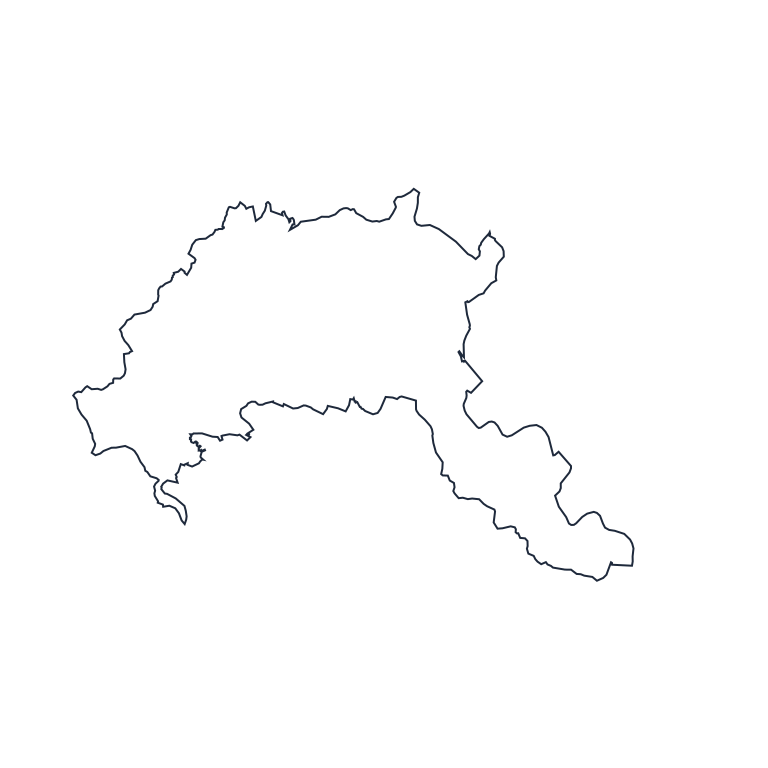 VAD, Cluj, Romania (Mercator projection), rotated 18°
{"feature_id": "2599482B24350957345977", "entity_name": "VAD", "entity_type": "district", "adm_level": 2, "iso_a3": "ROU", "parent_name": "Romania", "parent_adm1": "Cluj", "projection": "mercator", "projection_center": [23.717, 47.202], "detail": "fine", "context": "isolated", "style": "outline", "palette": "slate", "viewbox_px": 768, "rotation_deg": 18, "n_neighbors": 0, "source": "geoboundaries", "source_scale": "gbopen_adm2", "svg_char_len": 6160}
<svg xmlns="http://www.w3.org/2000/svg" viewBox="0 0 768 768"><g transform="rotate(18 384 384)"><path d="M273.9,467.9L268.0,463.4L258.8,459.9L256.2,456.3L255.9,452.0L259.9,447.3L260.7,444.4L263.6,441.7L267.1,440.7L270.8,442.4L272.2,442.2L274.9,441.2L277.2,439.0L283.9,434.9L284.1,435.7L294.8,436.5L294.9,434.0L305.1,435.4L309.4,433.5L314.2,429.2L316.3,428.7L321.6,428.9L324.4,430.0L335.4,431.5L337.4,425.4L337.3,422.2L347.8,421.3L356.0,421.9L357.3,415.0L356.6,408.8L359.2,408.4L359.6,406.8L361.5,409.7L362.3,409.2L362.9,410.4L364.2,409.5L368.1,413.3L368.8,413.0L370.3,414.4L371.7,414.2L374.4,415.5L382.9,416.2L386.9,413.5L388.4,408.7L389.6,395.8L396.5,394.2L401.1,394.3L402.9,391.5L404.6,390.4L419.5,389.9L422.3,398.2L423.3,399.5L426.8,402.2L433.8,405.3L441.3,409.8L443.6,412.3L445.9,416.5L445.9,418.1L449.2,424.9L454.6,433.1L464.0,440.3L465.7,446.7L466.2,452.0L468.1,452.8L473.0,451.4L476.4,455.5L481.1,456.5L483.0,460.4L483.0,464.4L484.9,466.2L490.3,469.5L494.1,467.8L499.3,467.6L503.2,465.7L510.1,464.2L515.8,467.2L519.8,468.4L527.8,469.3L529.0,470.9L531.1,481.8L536.7,486.5L541.3,484.6L548.5,480.2L552.7,479.9L554.3,481.4L555.0,484.3L556.7,485.0L557.8,484.5L561.1,488.3L565.8,487.2L569.0,489.0L570.7,493.8L570.8,496.5L573.7,500.7L579.5,501.2L582.0,503.8L584.9,505.5L589.2,506.8L593.0,503.4L595.3,505.1L599.0,505.4L601.4,506.4L613.5,504.6L619.3,502.8L625.9,505.1L629.9,504.1L633.6,504.4L641.8,503.1L647.3,505.3L652.4,500.7L654.5,496.7L655.0,483.4L656.1,483.7L656.8,485.4L676.0,480.2L675.4,476.0L673.7,471.1L672.1,463.3L669.3,459.0L666.1,455.9L658.8,452.3L648.8,452.3L643.2,453.2L638.6,452.3L635.3,449.0L630.2,442.6L626.3,440.8L623.0,440.8L617.3,444.5L613.6,449.2L609.8,457.1L608.1,459.3L605.6,460.2L603.0,459.5L598.4,454.3L588.2,446.7L581.2,437.3L584.1,432.0L584.3,428.4L582.8,423.9L587.7,410.8L587.9,406.4L587.2,404.2L571.0,394.5L568.4,398.8L567.0,399.6L556.9,383.6L552.3,379.5L547.7,376.8L541.7,375.9L535.5,378.7L530.4,382.3L521.4,393.3L517.4,396.1L512.4,395.5L505.1,388.7L501.0,386.4L498.1,386.4L495.4,387.7L489.5,395.6L487.7,396.6L485.6,395.9L471.8,387.3L469.0,384.4L466.4,380.2L466.0,378.2L466.6,371.8L466.1,369.3L464.6,366.0L465.2,364.6L469.5,365.5L476.5,351.0L454.0,336.9L453.3,337.9L452.9,337.3L451.2,338.4L448.5,333.9L445.0,330.6L445.5,329.6L449.9,332.9L451.8,333.9L447.4,321.5L447.0,317.9L447.3,312.6L448.7,305.0L447.6,303.6L447.7,302.1L447.1,300.7L441.6,292.4L436.1,281.2L437.8,279.5L438.6,280.2L439.4,279.8L446.6,270.0L450.7,267.0L451.3,263.9L454.9,255.0L458.8,250.8L457.3,247.9L454.9,236.8L455.5,233.1L458.6,225.9L456.7,220.7L454.1,217.5L446.0,213.6L445.0,212.8L444.6,211.6L438.5,210.5L438.5,208.4L437.6,206.9L437.4,208.3L434.2,215.4L432.8,219.7L433.0,221.6L432.1,223.4L432.5,226.6L434.2,228.2L435.1,232.4L432.6,236.9L427.9,235.1L423.7,234.5L408.4,226.4L388.3,219.7L378.5,218.6L370.7,222.0L366.1,222.0L362.9,219.3L361.3,215.5L361.1,206.9L360.2,201.2L358.5,195.9L358.4,191.2L352.0,189.2L349.8,193.3L345.1,198.6L342.7,200.6L339.4,201.8L338.3,203.2L337.3,207.6L340.6,211.8L340.7,212.6L339.6,219.0L337.7,225.6L335.0,226.8L329.3,231.1L326.8,231.2L322.7,233.1L316.4,233.2L312.5,231.5L304.8,230.1L301.5,227.1L300.3,227.3L298.6,228.9L295.3,228.1L293.6,228.4L291.2,229.5L288.2,232.3L285.3,237.7L279.8,242.1L273.0,244.2L268.3,248.8L254.7,255.4L253.1,259.6L246.9,266.5L247.8,260.5L249.5,259.9L247.6,255.9L246.4,254.8L245.6,254.4L243.7,255.8L244.7,258.1L244.0,259.4L242.2,256.8L238.4,254.1L235.8,250.8L234.6,251.4L234.1,252.9L235.4,254.9L223.1,254.5L220.3,248.4L217.7,246.8L217.0,247.1L216.1,249.1L216.9,250.7L217.1,256.0L216.1,259.9L215.8,263.0L211.7,268.5L204.4,255.7L201.1,257.6L198.9,259.9L196.6,257.6L191.1,255.6L190.5,259.5L188.9,262.5L187.6,263.1L182.8,263.1L181.8,263.9L181.4,269.5L182.1,271.4L181.4,274.9L181.9,277.6L181.2,279.8L181.7,284.3L183.3,284.4L183.5,285.0L182.3,286.6L178.8,287.7L178.2,288.6L176.0,289.5L175.8,291.7L174.7,294.9L173.1,296.0L169.5,300.9L163.6,303.2L160.6,305.3L158.6,310.8L158.6,316.2L157.8,320.5L164.9,322.8L166.4,324.1L166.3,327.1L163.7,329.0L164.7,333.0L162.9,341.1L159.9,339.8L159.6,338.7L155.4,337.3L153.6,340.8L149.7,343.3L150.5,344.7L149.6,346.2L150.1,347.7L149.5,348.4L149.9,350.3L149.3,352.4L145.1,356.1L142.8,359.8L141.4,360.4L140.6,362.5L140.3,364.6L141.6,368.8L142.3,369.6L143.1,375.2L139.8,379.3L140.1,382.0L139.1,385.8L134.7,390.0L125.2,395.1L123.1,400.1L120.0,402.8L119.0,407.5L115.9,413.8L118.5,416.3L120.1,419.4L124.0,423.2L128.8,426.0L134.2,430.6L132.4,432.2L132.0,433.6L127.4,435.9L130.3,443.5L133.7,449.9L134.3,453.8L133.9,456.5L131.5,460.3L125.6,462.1L125.1,463.4L126.0,466.6L122.9,468.7L121.7,471.7L118.3,475.9L116.8,477.0L113.2,477.0L107.6,479.3L102.4,477.8L101.1,479.5L98.6,485.3L95.5,485.7L93.0,488.0L92.0,491.0L96.5,494.0L100.4,501.8L105.7,506.5L112.6,510.8L118.5,517.8L120.3,520.8L121.6,521.1L123.9,526.1L127.8,530.2L128.2,532.7L127.3,539.7L131.6,540.9L135.7,537.8L137.9,534.4L144.6,528.8L148.9,527.3L157.0,522.9L164.6,523.8L167.5,524.9L171.7,528.2L176.4,533.2L181.9,537.1L183.8,540.3L186.1,540.8L190.3,544.0L196.9,543.9L199.4,544.9L199.5,545.8L197.5,549.4L197.0,552.6L199.3,556.2L199.4,558.9L200.6,561.3L205.4,565.4L205.5,566.8L211.0,567.0L211.9,569.0L217.5,566.1L223.9,566.7L228.9,570.3L233.7,576.3L237.7,578.8L237.8,574.2L237.2,570.9L234.7,565.9L231.9,561.6L221.3,557.2L211.6,555.5L209.4,555.9L204.7,552.8L204.5,551.1L203.9,550.6L204.7,547.0L207.8,542.6L218.2,541.6L215.3,537.7L215.6,536.5L213.9,534.6L215.5,531.2L215.5,523.0L219.2,523.1L219.1,522.4L221.8,520.0L222.1,521.6L227.0,521.8L232.5,516.6L233.1,514.4L234.5,511.9L235.4,511.8L232.4,510.5L231.8,509.5L231.6,504.8L234.3,502.4L233.8,501.8L231.5,503.8L230.5,503.2L229.9,504.4L229.0,504.0L228.3,504.5L227.7,502.6L228.8,499.9L227.9,499.6L226.6,501.0L225.5,500.6L224.7,499.9L225.1,499.2L224.6,498.6L225.0,497.7L223.6,496.9L223.1,497.8L222.3,497.2L221.2,498.9L218.9,498.8L218.2,498.3L217.7,496.4L216.5,496.5L216.0,495.0L216.7,494.6L216.9,493.0L215.3,491.7L217.4,491.1L218.1,489.9L226.3,487.2L237.2,487.1L242.2,485.8L245.6,488.6L247.6,486.8L245.5,483.7L246.3,483.0L252.6,479.5L260.5,478.1L262.2,476.8L271.2,480.0L273.4,475.8L268.7,475.0L269.3,473.9L272.0,473.7L269.8,472.9L273.9,467.9Z" fill="none" stroke="#1e293b" stroke-width="2"/></g></svg>